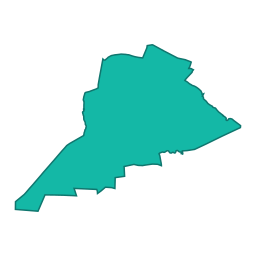 Tlahuelilpan, Hidalgo, Mexico (Equal Earth projection)
{"feature_id": "50627088B50074216584912", "entity_name": "Tlahuelilpan", "entity_type": "district", "adm_level": 2, "iso_a3": "MEX", "parent_name": "Mexico", "parent_adm1": "Hidalgo", "projection": "equal_earth", "projection_center": [-99.217, 20.13], "detail": "fine", "context": "isolated", "style": "filled", "palette": "teal", "viewbox_px": 256, "rotation_deg": 0, "n_neighbors": 0, "source": "geoboundaries", "source_scale": "gbopen_adm2", "svg_char_len": 3902}
<svg xmlns="http://www.w3.org/2000/svg" viewBox="0 0 256 256"><path d="M147.2,45.6L146.8,48.0L142.7,57.9L142.4,57.9L138.4,57.4L134.9,56.7L132.4,56.0L129.7,55.1L128.8,54.8L127.5,54.7L125.6,54.4L121.1,54.1L119.0,54.4L114.7,54.9L111.3,55.6L108.3,57.2L107.2,58.3L105.1,60.0L104.7,60.1L104.1,60.0L103.5,59.7L103.2,59.3L102.9,59.0L101.5,66.5L100.3,73.0L99.5,77.3L98.4,83.6L98.2,84.7L98.2,85.5L98.2,86.1L98.2,86.4L98.2,86.7L98.2,87.1L98.2,87.8L96.4,88.9L96.1,89.0L95.3,89.3L94.2,89.7L93.0,90.1L92.6,90.3L91.5,90.7L90.9,90.9L90.0,91.3L89.5,91.5L88.6,91.7L88.4,91.8L87.8,91.9L87.4,92.0L86.6,92.2L85.8,92.4L85.4,92.6L85.1,92.9L84.9,93.1L84.8,93.5L84.5,94.6L84.2,95.6L83.9,96.5L83.7,97.5L83.5,98.6L83.4,99.0L83.3,99.6L83.3,100.0L83.5,100.6L83.7,101.1L84.0,101.2L84.0,101.6L84.0,103.1L84.0,103.5L83.9,104.9L83.9,106.5L83.9,107.9L83.9,108.0L84.1,108.7L83.7,108.6L83.6,108.8L83.9,108.9L83.9,110.1L83.7,110.0L83.7,110.4L83.8,110.7L83.7,111.1L83.5,111.4L83.2,111.5L82.9,111.7L82.8,111.8L82.6,112.1L82.6,112.5L82.7,113.0L82.9,113.8L83.1,114.4L83.3,115.3L83.6,115.8L83.7,116.1L83.8,118.8L83.9,119.7L84.1,120.0L84.3,120.6L84.7,121.2L85.0,121.8L85.2,122.6L85.3,123.0L85.3,123.3L85.3,123.7L85.3,124.1L85.4,124.5L85.5,124.8L85.9,125.2L86.1,125.6L86.2,126.4L86.1,127.0L86.1,127.3L85.9,127.6L85.9,128.0L85.8,128.5L85.7,128.9L85.4,129.3L85.2,129.5L84.9,130.1L84.9,130.4L84.8,130.8L84.7,131.3L84.6,131.6L84.2,132.6L84.1,133.2L83.8,134.9L83.7,135.2L83.7,135.5L81.1,137.0L78.6,138.4L73.9,141.1L69.7,143.5L67.8,144.8L66.7,145.6L64.9,147.7L61.9,151.0L60.7,152.4L58.2,155.3L55.1,158.9L54.2,160.0L51.6,162.9L49.2,165.7L43.5,172.2L39.8,176.6L35.4,181.7L32.4,185.2L29.5,188.4L26.2,192.3L24.3,194.4L22.0,196.3L17.5,200.0L15.5,201.7L15.4,209.4L26.9,210.3L38.0,211.2L45.0,194.9L54.7,195.0L58.6,195.1L63.5,195.2L68.0,195.4L73.1,195.6L76.5,195.8L74.1,188.4L87.4,189.0L96.2,189.4L96.7,189.4L97.3,190.9L97.5,193.5L101.1,190.9L105.4,187.2L111.3,187.6L112.0,187.7L114.9,188.5L115.2,177.6L124.6,176.3L124.1,166.5L131.6,164.9L133.9,164.4L138.2,165.4L141.2,165.5L142.5,165.6L144.5,165.2L152.3,164.1L153.3,164.1L157.7,164.3L161.4,165.7L161.4,165.0L161.3,164.3L161.0,162.3L160.9,161.9L160.3,158.6L159.9,156.3L159.6,155.2L159.0,153.8L159.2,153.6L159.3,153.4L159.5,153.3L159.5,153.2L159.8,153.0L160.6,152.7L162.3,152.1L162.7,152.0L163.2,152.2L163.7,152.3L164.3,152.3L164.7,152.2L165.1,152.0L166.7,150.9L167.0,150.7L167.5,150.8L168.1,150.8L168.3,150.9L168.6,151.1L169.0,151.5L169.1,151.8L169.3,152.1L169.5,152.4L169.9,152.8L170.4,153.0L170.8,153.0L171.2,153.0L171.5,153.0L172.0,152.6L172.9,152.3L173.4,152.4L174.2,152.9L174.7,153.0L175.1,152.9L175.4,152.7L175.8,151.8L176.1,150.8L176.4,150.6L177.3,150.5L177.6,150.5L177.9,150.7L178.3,151.2L178.8,151.4L179.2,151.8L179.8,152.0L181.1,152.0L181.2,153.6L181.9,153.7L182.6,154.1L182.8,153.9L182.4,150.9L187.0,150.6L194.6,149.4L206.3,143.9L222.0,136.2L240.4,127.6L240.6,125.9L240.6,125.7L239.9,125.1L234.0,120.7L232.4,119.3L231.9,119.0L230.5,118.6L229.8,118.6L228.8,118.8L228.2,119.6L227.6,120.3L227.0,120.5L226.4,120.3L226.2,120.1L226.1,119.6L226.1,119.1L226.2,118.6L226.1,118.1L225.8,117.7L224.8,116.8L224.2,116.4L223.5,116.1L223.4,116.1L222.9,115.6L223.1,115.4L222.0,114.5L221.9,114.5L220.3,113.2L218.6,111.9L216.9,110.0L215.5,108.1L215.4,108.1L213.3,107.5L213.0,107.4L212.4,106.3L211.6,105.9L209.7,104.8L207.9,103.5L206.2,101.2L204.1,99.4L203.5,98.8L203.4,97.9L203.4,97.2L202.8,96.4L202.4,96.3L202.8,95.4L203.1,95.1L203.6,93.8L202.1,94.4L201.8,92.8L200.9,90.9L200.1,90.2L198.6,88.8L196.4,87.2L194.4,86.1L192.2,85.4L190.9,84.5L189.5,83.8L187.5,82.1L184.8,80.4L184.9,80.2L185.2,79.9L186.0,78.9L186.1,78.7L188.1,76.5L188.5,76.1L192.0,72.4L192.4,71.1L193.4,69.8L190.9,68.5L188.7,68.5L188.8,68.2L189.4,67.4L189.8,66.4L190.5,64.5L191.2,62.1L190.8,61.8L187.3,60.5L185.3,59.7L183.4,59.3L179.5,58.5L177.7,58.1L164.0,51.0L152.8,44.9L152.1,44.8L147.2,45.6Z" fill="#14b8a6" stroke="#0f766e" stroke-width="1.5"/></svg>